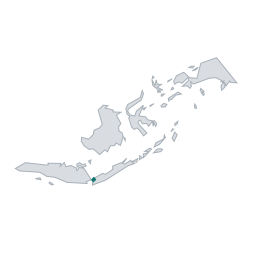 location of Serang, Banten, Indonesia, rotated 321°
{"feature_id": "22746128B3242616561013", "entity_name": "Serang", "entity_type": "district", "adm_level": 2, "iso_a3": "IDN", "parent_name": "Indonesia", "parent_adm1": "Banten", "projection": "mercator", "projection_center": [106.13, -6.072], "detail": "fine", "context": "in_parent", "style": "filled", "palette": "teal", "viewbox_px": 256, "rotation_deg": 321, "n_neighbors": 0, "source": "geoboundaries", "source_scale": "gbopen_adm2", "svg_char_len": 4867}
<svg xmlns="http://www.w3.org/2000/svg" viewBox="0 0 256 256"><g transform="rotate(321 128 128)"><path d="M86.1,106.1L90.5,111.9L96.9,111.2L100.2,108.4L105.9,110.0L110.3,109.0L116.0,95.4L123.1,94.7L126.4,97.9L122.8,98.2L127.8,104.7L126.5,106.1L132.4,111.3L127.1,110.7L125.3,120.0L121.3,121.3L119.0,125.0L120.4,127.5L118.9,131.6L111.2,136.8L109.4,132.2L106.3,133.2L103.0,130.7L97.1,133.7L96.3,130.4L89.2,130.8L87.9,122.5L84.3,120.1L82.7,114.4L83.4,108.8L86.1,106.1ZM15.0,88.6L26.4,90.4L41.1,105.3L42.9,106.5L43.7,105.0L53.5,113.3L51.1,115.1L56.7,114.7L55.5,119.0L60.1,121.3L62.5,126.5L61.5,129.0L65.2,127.9L68.4,131.5L66.9,145.0L61.5,143.5L61.3,145.4L46.3,131.8L40.1,120.2L34.4,114.4L31.6,106.9L16.7,93.1L15.0,88.6ZM241.0,129.1L241.0,161.4L236.2,156.8L236.8,155.4L230.7,157.0L231.7,153.8L230.0,152.1L230.6,151.8L231.6,152.0L232.2,151.8L229.3,150.5L230.6,150.1L228.0,144.3L222.8,140.6L206.4,135.0L205.8,131.3L203.6,135.4L201.2,136.2L200.4,132.4L196.5,129.9L205.1,129.1L206.2,126.5L198.2,127.2L196.3,123.9L191.7,123.2L193.0,120.4L198.6,117.9L206.4,119.8L207.5,127.6L212.8,132.8L225.4,123.5L241.0,129.1ZM161.5,111.2L155.9,114.6L140.2,113.5L138.3,114.8L137.7,118.9L140.7,122.9L145.2,120.2L154.4,120.0L144.1,125.4L148.7,130.5L148.5,134.1L151.6,137.9L145.2,139.7L145.4,136.4L141.8,133.6L142.6,129.8L140.6,129.3L138.7,130.7L139.5,143.8L135.2,143.9L135.5,136.1L134.7,133.5L131.8,133.0L131.4,129.6L134.9,120.6L136.6,120.4L136.0,116.6L138.7,111.4L142.7,109.6L156.8,112.0L162.6,107.8L161.5,111.2ZM68.6,145.4L79.7,147.3L81.4,149.8L90.1,150.6L92.1,148.0L100.5,150.5L102.9,154.1L109.8,154.8L109.6,157.8L110.6,159.7L104.0,157.3L77.7,154.4L64.5,150.0L68.6,145.4ZM175.6,112.0L180.3,108.4L178.2,112.5L181.4,115.1L176.4,114.7L179.0,120.6L175.4,117.4L174.1,110.5L177.1,105.3L175.6,112.0ZM177.9,130.3L189.6,131.6L190.8,135.2L186.0,132.6L179.5,133.2L177.6,131.8L176.4,133.4L177.9,130.3ZM151.1,158.9L142.5,160.5L136.4,159.3L140.4,157.0L148.9,159.0L151.8,156.3L151.1,158.9ZM126.3,156.6L132.1,157.3L133.1,159.2L121.5,160.8L123.4,157.7L127.3,159.5L128.7,158.8L126.3,156.6ZM161.7,160.5L161.9,164.2L155.4,167.4L155.7,163.9L161.7,160.5ZM68.4,124.4L70.0,128.3L72.2,128.9L71.5,131.3L68.2,130.1L67.1,126.9L63.9,126.3L65.5,123.9L68.4,124.4ZM229.0,157.2L224.6,157.7L226.7,153.7L230.1,152.8L231.2,154.3L229.0,157.2ZM137.4,162.7L140.1,164.4L141.4,166.4L138.6,167.0L132.2,163.4L137.4,162.7ZM171.3,131.4L173.1,134.1L170.4,135.1L167.3,133.1L167.5,131.5L171.3,131.4ZM110.0,156.7L116.2,157.9L113.4,160.1L110.0,156.7ZM119.6,156.8L120.5,160.2L116.9,159.8L119.6,156.8ZM79.1,129.5L76.2,132.0L76.4,128.8L79.1,129.5ZM209.4,143.0L210.1,147.3L208.7,147.5L207.6,144.4L209.4,143.0ZM108.1,150.6L103.4,152.0L101.4,151.2L108.1,150.6ZM153.1,138.7L153.1,142.5L150.5,144.2L151.5,139.0L153.1,138.7ZM24.1,109.1L28.3,111.3L27.8,113.4L24.1,109.1ZM34.4,124.9L32.7,124.1L32.0,121.0L33.3,120.9L34.4,124.9ZM193.4,155.8L192.4,154.2L194.9,151.4L194.8,154.0L193.4,155.8ZM188.6,116.5L193.4,117.6L188.0,117.2L188.6,116.5ZM159.2,124.4L163.6,125.4L158.8,125.3L159.2,124.4ZM151.0,140.6L148.7,142.5L150.7,139.0L151.0,140.6ZM213.4,119.4L215.9,119.7L218.3,121.6L216.0,122.0L213.4,119.4ZM171.0,154.2L169.4,155.6L166.0,155.7L166.9,154.1L171.0,154.2ZM209.2,148.1L208.2,150.1L207.0,150.0L207.1,146.8L209.2,148.1ZM177.7,124.4L174.7,124.7L173.9,124.0L175.2,122.7L177.7,124.4ZM213.9,124.0L217.4,124.3L220.9,125.1L217.6,125.5L213.9,124.0ZM151.8,122.0L154.7,123.3L151.7,124.0L151.8,122.0ZM180.0,105.2L178.0,104.8L179.9,103.3L180.0,105.2ZM159.0,157.9L162.3,156.7L162.7,157.5L159.0,157.9ZM188.5,124.5L188.0,126.3L185.5,125.4L186.8,124.8L188.5,124.5ZM119.2,134.8L117.9,136.0L118.9,132.2L119.2,134.8ZM174.8,117.7L176.3,120.2L175.7,120.5L173.5,118.6L174.8,117.7Z" fill="#d9dde1" stroke="#a8b0b8" stroke-width="1"/><path d="M67.8,146.1L67.7,146.2L67.6,146.3L67.6,146.5L67.4,146.7L67.4,146.8L67.4,147.0L67.5,147.1L67.8,147.1L67.8,147.3L67.9,147.2L68.0,147.1L68.3,147.2L68.5,147.1L68.8,147.1L69.1,147.1L69.0,147.3L69.3,147.3L69.5,147.4L69.4,147.4L69.5,147.4L69.7,147.5L69.8,147.5L70.0,147.5L70.2,147.4L70.1,147.2L70.1,146.9L70.0,147.0L70.0,146.9L70.1,146.7L70.0,146.4L69.9,146.4L69.9,146.2L70.0,146.1L70.2,145.9L70.1,145.7L70.0,145.8L70.0,145.7L69.9,145.7L69.8,145.8L69.7,145.7L69.4,145.7L69.4,145.8L69.3,146.0L69.3,146.3L69.3,146.5L69.5,146.6L69.4,146.7L69.3,146.8L69.2,146.8L69.0,147.0L69.0,146.9L68.9,146.9L68.9,146.7L68.8,146.8L68.7,146.8L68.7,146.7L68.6,146.8L68.5,146.7L68.6,146.4L68.8,146.3L68.8,146.2L68.8,145.9L68.7,145.8L68.7,145.7L68.8,145.7L68.7,145.7L68.8,145.5L68.7,145.5L68.7,145.4L68.4,145.3L68.4,145.2L68.4,145.4L68.4,145.5L68.5,145.6L68.5,145.8L68.6,146.0L68.4,146.2L68.4,146.3L68.3,146.2L68.2,146.1L67.9,146.1L67.8,146.1ZM67.5,145.6L67.4,145.6L67.5,145.8L67.5,145.7L67.5,145.6ZM69.0,145.5L68.9,145.5L69.0,145.6L69.0,145.5ZM69.5,144.9L69.4,144.9L69.6,145.0L69.6,144.9L69.5,144.9Z" fill="#14b8a6" stroke="#0f766e" stroke-width="1.5"/></g></svg>